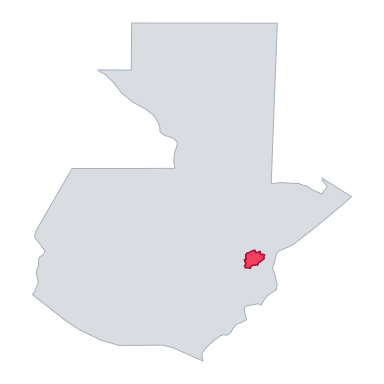 Zacapa, Zacapa, Guatemala shown in context
{"feature_id": "79465075B10782882700872", "entity_name": "Zacapa", "entity_type": "district", "adm_level": 2, "iso_a3": "GTM", "parent_name": "Guatemala", "parent_adm1": "Zacapa", "projection": "mercator", "projection_center": [-89.497, 14.973], "detail": "fine", "context": "in_parent", "style": "filled", "palette": "rose", "viewbox_px": 384, "rotation_deg": 0, "n_neighbors": 0, "source": "geoboundaries", "source_scale": "gbopen_adm2", "svg_char_len": 4076}
<svg xmlns="http://www.w3.org/2000/svg" viewBox="0 0 384 384"><path d="M32.4,294.5L34.4,292.4L36.2,287.5L38.4,282.5L37.0,276.7L36.2,272.0L38.7,265.2L38.5,260.0L39.6,256.9L43.2,254.8L45.1,250.9L34.8,237.4L34.8,234.3L36.2,230.5L44.5,216.1L54.5,198.9L65.5,179.9L72.1,168.5L96.2,168.5L112.2,168.5L132.4,168.5L154.4,168.4L168.9,168.4L174.8,168.3L173.8,160.9L174.6,152.6L177.2,145.2L177.2,141.9L172.9,137.9L164.6,135.5L159.9,131.9L159.9,127.4L157.9,121.9L153.8,115.5L145.4,108.9L132.7,102.2L121.9,93.2L112.9,81.9L105.3,74.6L99.5,71.5L98.1,69.9L115.2,70.0L131.3,70.2L131.4,53.9L131.5,39.4L131.6,23.0L160.9,23.1L195.8,23.1L232.1,23.1L260.5,23.2L277.3,23.2L276.5,43.5L275.6,66.9L275.0,84.2L274.1,107.1L273.2,130.6L272.0,162.5L271.2,183.1L271.6,183.6L281.1,182.6L295.2,183.5L298.6,183.4L302.9,185.2L306.2,185.7L313.4,190.4L321.8,193.9L327.1,186.8L324.3,182.5L322.2,180.4L322.5,178.4L351.6,196.8L348.2,199.6L340.8,206.1L327.3,217.3L315.3,227.3L303.7,236.3L293.3,244.4L292.0,245.3L278.8,251.1L276.6,253.7L273.7,265.2L272.4,268.1L274.8,274.4L277.2,284.3L276.5,289.4L267.3,295.8L263.1,301.5L261.3,305.1L259.6,304.2L256.8,303.9L250.2,305.3L247.1,305.6L244.4,307.3L244.2,310.8L245.9,316.6L246.6,319.5L244.7,320.9L236.7,324.3L233.5,327.7L230.4,333.0L226.9,335.2L223.2,334.8L220.6,335.6L215.0,339.6L206.6,347.2L202.1,352.9L202.0,357.1L202.9,361.0L172.3,347.5L162.1,345.2L119.1,345.4L100.7,340.1L79.7,329.9L65.5,320.6L32.4,294.5Z" fill="#d9dde1" stroke="#a8b0b8" stroke-width="1"/><path d="M250.2,268.4L250.3,268.2L250.5,267.7L250.8,267.1L251.0,266.8L251.0,266.7L251.2,266.1L251.5,265.9L251.7,265.7L251.9,265.7L252.2,265.5L252.7,265.3L253.0,265.3L254.1,265.3L254.6,265.3L255.4,265.1L256.1,264.8L256.6,264.8L257.3,265.0L257.6,265.1L257.7,264.9L258.2,264.0L258.3,263.2L258.4,262.8L258.5,262.7L258.8,262.4L259.3,262.1L260.2,261.8L260.5,261.7L260.8,261.5L261.0,261.2L261.2,260.9L261.3,260.9L261.7,260.6L261.8,260.5L262.1,260.3L262.3,260.2L262.8,259.7L263.0,259.6L263.4,259.4L263.6,259.3L263.8,259.2L263.9,258.9L264.1,258.6L264.2,258.3L264.1,257.8L263.9,257.3L263.9,256.9L263.9,256.2L264.0,256.0L264.1,255.8L264.4,255.4L264.5,255.3L264.5,255.1L264.5,254.9L264.3,254.9L263.3,254.4L262.4,254.2L261.9,254.3L261.7,254.4L261.6,254.5L261.3,254.6L261.1,254.6L260.9,254.5L260.7,254.3L260.4,254.2L260.2,253.9L260.1,253.7L260.1,253.3L260.3,253.0L260.4,252.8L260.5,252.4L260.4,251.9L260.0,251.4L259.9,251.4L259.7,251.4L259.4,251.5L259.2,251.8L258.8,251.9L258.5,252.0L258.2,252.3L257.8,252.4L257.8,252.5L257.6,252.5L257.1,252.3L256.6,252.3L256.3,252.4L255.9,252.5L255.5,252.4L255.3,251.2L255.2,250.9L255.1,250.7L254.8,250.2L254.7,250.2L254.6,250.3L254.4,250.5L254.2,250.5L253.9,250.5L253.8,250.4L253.7,250.4L253.4,250.4L253.2,250.4L253.1,250.5L252.9,250.6L252.7,250.8L252.5,251.0L252.4,251.0L252.1,251.1L251.9,251.1L251.7,251.2L251.5,251.3L251.3,251.5L251.2,251.6L250.9,251.7L250.7,251.7L250.4,251.8L250.2,251.9L250.2,252.0L249.9,252.1L249.7,252.2L249.7,252.3L249.6,252.5L249.4,252.6L249.2,252.6L248.9,252.7L248.8,252.8L248.7,252.8L248.4,252.8L248.2,252.8L247.9,253.0L247.7,253.0L247.4,253.0L247.2,253.0L246.9,253.4L246.6,253.6L246.4,253.8L246.2,254.1L245.9,254.3L245.8,254.5L245.8,254.8L245.8,255.0L245.7,255.2L245.7,255.3L245.8,255.4L245.9,255.5L245.8,255.8L245.7,256.0L245.8,256.3L245.7,256.5L245.6,256.8L245.6,257.1L245.6,257.3L245.8,257.5L245.9,257.8L245.8,258.0L245.8,258.3L246.0,258.5L246.2,258.8L246.1,259.1L245.4,259.4L244.9,259.5L244.6,259.9L244.4,260.0L244.5,260.2L244.8,260.2L244.8,260.3L244.8,260.5L245.0,260.6L245.2,260.8L245.3,260.9L245.3,261.0L245.2,261.2L245.2,261.3L245.2,261.5L245.3,261.5L245.2,261.5L245.3,261.6L245.3,261.8L245.2,261.9L245.3,262.0L245.2,262.2L245.2,262.3L245.3,262.3L245.4,262.5L245.5,262.6L245.7,262.8L245.9,263.1L246.0,263.8L245.9,263.9L245.8,264.0L245.7,264.3L245.5,264.8L245.3,264.9L245.2,265.0L244.8,265.2L244.5,265.6L245.3,267.8L245.5,267.8L245.8,267.8L246.0,267.8L246.3,267.8L246.5,267.8L247.1,267.8L247.6,267.9L248.2,267.9L248.5,267.9L249.1,267.9L249.3,267.9L249.5,268.0L249.9,268.3L250.0,268.3L250.2,268.4Z" fill="#f43f5e" stroke="#9f1239" stroke-width="1.5"/></svg>